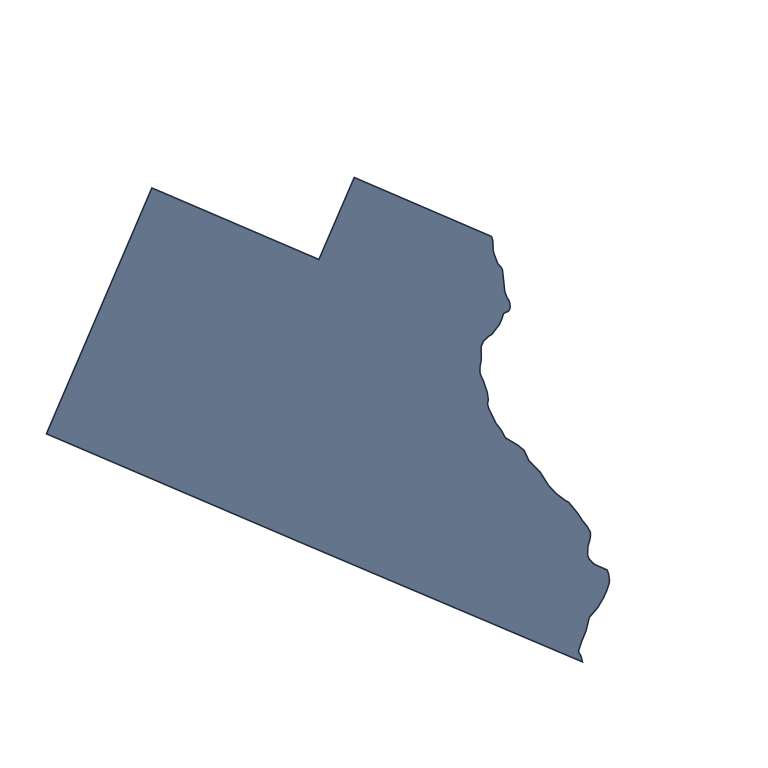 the district of Jackson, Iowa, United States of America, rotated 23°
{"feature_id": "52423323B11078119657450", "entity_name": "Jackson", "entity_type": "district", "adm_level": 2, "iso_a3": "USA", "parent_name": "United States of America", "parent_adm1": "Iowa", "projection": "equal_earth", "projection_center": [-90.354, 42.208], "detail": "fine", "context": "isolated", "style": "filled", "palette": "slate", "viewbox_px": 768, "rotation_deg": 23, "n_neighbors": 0, "source": "geoboundaries", "source_scale": "gbopen_adm2", "svg_char_len": 1067}
<svg xmlns="http://www.w3.org/2000/svg" viewBox="0 0 768 768"><g transform="rotate(23 384 384)"><path d="M92.7,561.8L366.5,562.5L675.3,562.3L671.7,557.5L668.1,554.8L667.3,553.1L666.6,544.0L666.4,532.0L664.2,518.6L668.1,506.5L669.6,494.9L669.8,487.3L669.2,479.7L668.4,476.7L664.8,470.8L662.1,468.0L649.2,467.8L646.9,467.4L641.5,465.0L638.3,462.1L635.2,453.8L634.4,447.2L633.6,443.6L632.0,439.9L626.8,435.8L620.4,432.4L612.1,426.9L600.2,420.7L596.0,420.3L585.3,417.6L575.1,413.1L562.4,404.2L547.2,397.9L547.1,397.7L539.0,390.4L531.3,388.1L516.6,386.0L510.2,380.8L502.4,376.4L489.9,365.5L487.0,361.8L486.2,357.7L482.4,351.4L474.7,342.7L470.2,338.7L467.8,335.9L465.6,330.3L464.1,323.7L458.8,311.6L458.9,305.5L461.9,298.8L463.9,296.2L467.0,283.9L467.1,277.4L466.5,272.9L467.3,271.3L469.6,269.0L470.3,267.6L470.5,266.2L470.0,263.7L468.1,260.2L466.3,258.2L463.1,256.0L459.1,251.7L448.7,233.0L446.8,231.1L441.8,228.8L434.0,220.7L432.4,218.4L428.1,209.3L425.3,206.2L275.9,205.5L275.4,294.8L93.7,294.2L92.7,561.8Z" fill="#64748b" stroke="#1e293b" stroke-width="1.5"/></g></svg>